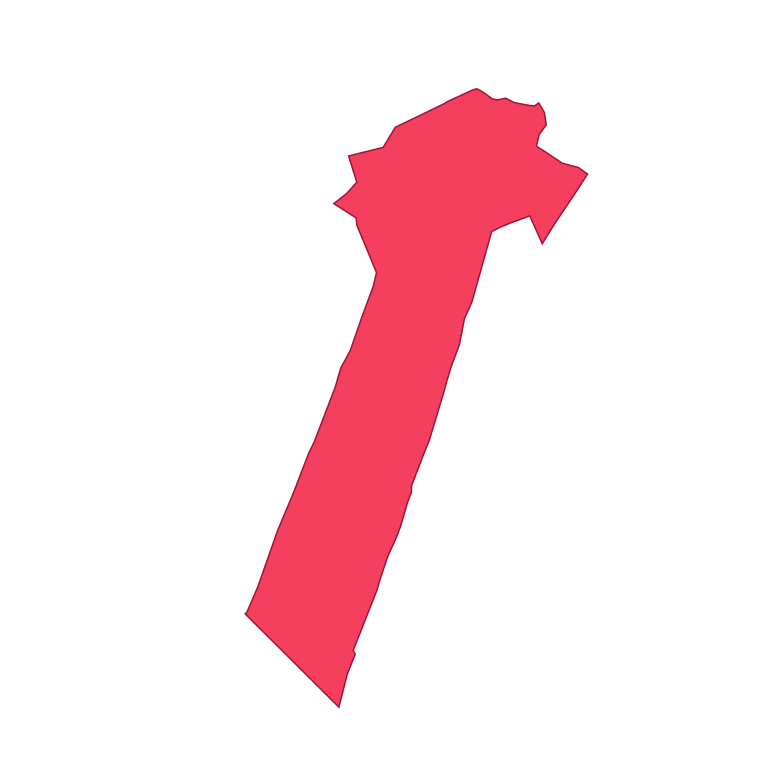 outline of Chinguitti, Adrar, Mauritania, rotated 111°
{"feature_id": "47542326B90495786476095", "entity_name": "Chinguitti", "entity_type": "district", "adm_level": 2, "iso_a3": "MRT", "parent_name": "Mauritania", "parent_adm1": "Adrar", "projection": "mercator", "projection_center": [-10.907, 20.124], "detail": "fine", "context": "isolated", "style": "filled", "palette": "rose", "viewbox_px": 768, "rotation_deg": 111, "n_neighbors": 0, "source": "geoboundaries", "source_scale": "gbopen_adm2", "svg_char_len": 1115}
<svg xmlns="http://www.w3.org/2000/svg" viewBox="0 0 768 768"><g transform="rotate(111 384 384)"><path d="M183.8,498.8L187.6,495.7L192.7,491.7L205.4,481.7L216.4,485.9L219.5,487.1L233.6,495.5L238.9,469.6L245.4,466.3L282.6,431.0L297.0,429.0L328.0,428.7L365.1,427.5L384.8,430.1L404.1,428.4L463.2,428.4L475.3,429.5L516.3,429.5L559.4,430.8L618.5,429.1L646.1,430.2L648.4,431.2L701.9,310.3L667.9,314.3L646.7,314.0L643.6,317.3L614.4,317.0L601.3,316.9L578.2,316.7L567.1,317.7L543.9,318.7L523.7,317.5L511.7,317.5L485.4,319.6L475.4,319.6L469.3,321.8L442.1,321.8L433.1,321.8L420.8,321.5L401.8,322.9L370.6,325.2L358.6,326.4L343.5,327.5L320.3,327.7L319.6,327.8L294.2,332.3L276.0,331.3L203.1,338.1L196.6,332.3L188.4,323.7L174.8,308.1L196.4,286.5L174.7,282.4L134.2,273.2L115.1,269.2L112.2,280.2L114.0,296.7L109.5,316.4L107.4,326.8L102.6,327.6L95.3,328.5L83.9,325.4L73.0,331.6L66.1,340.3L70.4,343.1L71.9,348.4L72.8,353.3L74.6,363.1L73.6,372.9L78.1,379.9L79.0,385.0L77.1,392.3L75.6,398.4L75.1,403.1L77.6,406.5L98.4,426.7L100.0,427.6L140.2,465.4L163.4,469.6L183.8,498.8Z" fill="#f43f5e" stroke="#9f1239" stroke-width="1.5"/></g></svg>